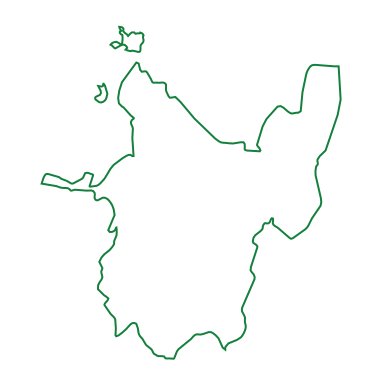 Benshangul-Gumaz, orthographic projection, rotated 179°
{"feature_id": "ETH-3132", "entity_name": "Benshangul-Gumaz", "entity_type": "Administrative State", "adm_level": 1, "iso_a3": "ETH", "parent_name": "Ethiopia", "parent_adm1": "", "projection": "orthographic", "projection_center": [35.827, 10.412], "detail": "fine", "context": "isolated", "style": "outline", "palette": "green", "viewbox_px": 384, "rotation_deg": 179, "n_neighbors": 0, "source": "natural_earth", "source_scale": "10m", "svg_char_len": 4974}
<svg xmlns="http://www.w3.org/2000/svg" viewBox="0 0 384 384"><g transform="rotate(179 192 192)"><path d="M118.9,159.6L120.0,159.4L121.3,157.7L121.9,155.9L121.9,154.7L122.4,153.5L124.2,151.7L129.6,147.6L131.3,145.1L132.1,141.6L131.6,140.1L128.6,137.9L127.6,136.6L127.7,135.4L134.4,115.9L134.8,112.7L133.5,110.6L131.8,108.6L130.8,105.8L131.1,103.6L143.8,75.6L144.2,73.6L144.0,71.7L141.9,67.5L141.2,65.4L141.4,61.2L140.6,57.3L140.7,55.2L141.4,52.8L142.5,50.3L143.9,48.0L145.4,46.0L149.3,43.5L151.5,42.6L158.2,40.0L161.2,36.6L161.4,35.6L161.5,33.8L164.1,36.0L168.0,45.2L170.7,48.2L173.3,50.4L175.6,51.6L177.8,51.6L183.4,49.8L186.3,49.3L189.0,49.6L191.1,49.3L193.2,47.6L195.6,45.0L208.3,35.0L209.9,32.8L212.7,26.1L213.3,25.6L217.5,26.0L220.5,26.0L221.5,26.2L221.8,26.7L222.8,28.1L225.3,28.4L228.1,28.5L229.8,28.9L230.2,29.4L232.7,30.8L233.6,32.0L234.8,34.7L236.1,36.1L240.3,39.6L240.8,40.2L244.2,46.1L246.7,49.0L247.8,51.4L248.5,56.6L250.0,61.2L252.0,62.1L254.0,61.9L255.9,60.7L260.1,56.2L264.1,52.7L267.9,49.9L270.3,49.1L271.0,50.2L270.5,57.0L271.0,66.1L272.1,68.0L275.5,71.5L281.4,80.4L281.5,81.2L280.4,82.9L278.4,84.9L277.5,87.1L279.9,89.1L281.6,90.2L287.7,96.4L287.5,100.4L285.9,103.5L284.1,105.9L283.1,108.2L283.4,110.1L283.9,112.2L284.1,114.3L283.3,116.1L282.9,117.4L285.9,123.8L283.5,128.3L280.7,131.3L275.5,135.3L273.9,137.0L272.2,139.1L270.9,141.2L270.7,142.9L270.7,144.2L268.2,150.0L268.0,153.0L268.0,155.9L268.2,157.8L268.5,157.7L269.4,155.6L270.8,154.2L272.7,153.5L275.0,153.5L276.4,155.3L269.8,170.3L270.6,176.0L272.1,180.3L274.1,183.6L276.3,186.2L278.8,187.7L281.2,187.9L286.1,185.5L287.2,185.3L288.4,185.8L289.4,187.3L289.5,189.0L289.2,190.8L289.3,192.6L290.7,194.6L292.7,195.3L297.3,195.2L308.8,196.3L309.7,196.2L312.2,195.5L313.1,195.5L313.7,196.0L314.2,196.7L314.9,197.3L315.8,197.8L316.9,198.1L321.6,198.4L323.6,198.8L327.7,200.3L342.2,203.0L341.0,206.5L340.3,208.6L339.3,210.5L338.3,211.9L337.0,212.6L335.1,212.4L324.7,209.2L322.5,207.5L317.0,205.3L312.6,202.6L310.9,202.5L302.0,207.0L300.7,208.1L298.5,212.7L296.4,213.1L294.6,212.6L293.0,211.9L291.1,211.3L290.6,210.7L290.9,209.5L294.3,199.6L293.8,199.1L287.5,199.8L285.5,200.7L283.6,202.2L279.8,206.2L278.4,208.1L273.0,216.8L269.7,220.6L260.7,227.1L256.7,229.4L254.7,230.2L252.8,230.2L251.0,228.9L249.8,229.0L250.7,247.0L250.0,256.6L250.6,258.7L251.7,261.2L251.8,263.2L250.9,264.9L249.0,266.4L248.9,267.0L252.0,269.7L258.9,277.7L260.6,278.8L263.5,281.8L264.2,287.4L262.9,294.8L260.1,303.0L245.4,322.4L243.1,321.4L241.7,315.1L240.1,313.1L236.9,313.5L235.7,313.3L234.7,312.1L231.1,305.7L230.3,303.7L229.5,302.3L228.5,301.9L226.5,302.0L222.6,301.8L219.6,302.0L218.4,301.8L217.1,301.2L216.1,299.9L216.2,294.2L215.9,293.0L214.0,288.6L212.6,286.7L211.2,286.7L207.0,287.3L202.0,282.3L188.3,265.4L168.0,245.1L164.2,242.2L162.1,241.1L160.0,240.7L158.2,240.6L153.4,240.0L150.1,239.8L142.3,240.9L139.6,240.8L138.5,239.1L138.4,236.6L138.6,234.1L138.0,233.0L136.3,232.5L123.5,231.5L122.9,232.4L123.9,234.8L125.3,236.3L126.2,237.9L120.2,256.4L116.3,263.6L105.0,275.9L101.8,276.3L99.2,274.8L94.6,270.7L92.2,269.1L90.4,268.7L86.6,269.4L84.4,269.4L81.9,270.9L79.8,289.8L75.8,307.5L75.0,309.9L74.1,311.8L73.0,313.5L71.6,315.4L69.6,316.7L66.8,317.0L47.9,315.2L43.2,315.1L42.1,289.6L41.8,281.7L45.0,266.6L57.7,231.2L63.6,225.7L65.9,222.3L66.1,221.1L65.7,218.6L65.8,217.5L66.1,216.9L67.0,215.9L67.4,215.3L68.2,211.0L68.1,206.4L63.3,183.8L62.9,179.6L63.7,176.0L72.4,163.7L76.4,156.1L78.0,154.0L79.7,152.5L91.9,144.1L93.6,143.5L94.8,144.0L106.9,154.8L109.9,156.7L111.2,157.9L111.8,159.5L111.4,162.5L111.5,164.0L112.6,164.4L113.4,163.6L114.8,160.5L116.0,159.4L117.7,159.2L118.9,159.6ZM243.4,333.0L247.7,334.1L249.5,334.4L250.6,333.9L251.9,334.1L253.3,334.5L254.9,334.9L255.2,335.2L255.5,335.4L255.9,335.5L254.9,336.6L254.3,337.1L254.3,337.6L255.1,338.8L256.3,339.9L257.6,340.5L258.9,340.5L260.1,340.0L259.3,342.0L258.8,345.0L258.7,348.2L259.0,350.4L260.4,351.0L261.4,352.3L261.3,353.7L259.9,354.4L261.1,356.2L261.6,357.2L261.8,358.4L259.9,358.1L259.0,357.8L258.3,357.3L257.7,356.3L257.7,355.4L257.9,354.7L257.7,353.8L256.7,352.5L254.2,350.6L253.2,349.1L250.7,351.7L249.3,352.6L247.1,352.6L246.7,352.4L246.1,351.5L245.6,351.2L245.2,351.3L244.1,351.5L243.6,351.6L241.7,351.5L241.1,351.7L240.9,352.3L239.8,351.8L238.9,351.3L238.2,350.5L237.7,349.4L238.0,349.0L238.2,348.8L238.2,348.6L238.3,347.3L237.8,344.8L237.9,343.6L238.5,342.3L240.3,340.3L240.9,339.2L241.0,337.7L241.0,335.8L241.2,334.1L241.9,333.1L243.4,333.0ZM281.5,283.1L283.3,283.5L286.6,286.0L287.2,286.8L287.1,288.1L286.4,288.9L282.3,290.7L281.3,292.6L281.6,294.9L283.9,299.6L280.5,299.0L279.2,299.6L278.8,301.8L278.5,301.8L277.2,299.9L274.9,291.8L275.9,287.8L276.5,286.3L277.7,284.8L279.7,283.5L281.5,283.1ZM266.2,336.9L267.4,337.6L269.3,339.8L270.9,340.6L270.1,341.6L269.2,342.3L268.0,342.9L266.8,343.2L265.0,343.5L264.1,343.1L263.2,342.5L261.8,341.7L261.1,341.1L261.0,340.5L261.2,339.8L261.8,339.2L266.2,336.9Z" fill="none" stroke="#15803d" stroke-width="2"/></g></svg>